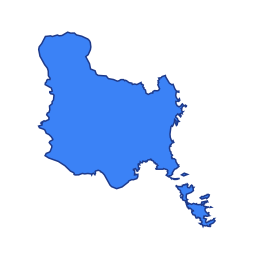 outline of Aceh Besar, Aceh, Indonesia, rotated 189°
{"feature_id": "22746128B90547447297479", "entity_name": "Aceh Besar", "entity_type": "district", "adm_level": 2, "iso_a3": "IDN", "parent_name": "Indonesia", "parent_adm1": "Aceh", "projection": "mercator", "projection_center": [95.268, 5.409], "detail": "fine", "context": "isolated", "style": "filled", "palette": "blue", "viewbox_px": 256, "rotation_deg": 189, "n_neighbors": 0, "source": "geoboundaries", "source_scale": "gbopen_adm2", "svg_char_len": 5585}
<svg xmlns="http://www.w3.org/2000/svg" viewBox="0 0 256 256"><g transform="rotate(189 128 128)"><path d="M205.6,87.7L201.6,86.0L191.6,84.1L184.4,80.9L178.0,76.4L174.8,75.4L174.0,74.6L174.0,73.7L172.9,73.4L169.4,74.0L166.0,76.0L163.6,75.9L160.6,76.8L157.7,76.9L156.9,76.7L156.5,76.0L156.1,77.3L155.0,77.9L153.4,76.7L153.0,78.4L153.6,79.6L153.4,80.3L150.9,81.6L149.1,81.3L148.1,80.7L148.8,80.7L146.2,79.8L144.0,78.0L136.8,68.8L135.0,67.5L129.7,66.3L124.6,68.9L119.3,74.6L119.0,75.7L116.3,77.6L114.7,77.7L111.4,79.4L110.7,81.3L111.0,83.8L113.0,83.0L113.2,83.5L114.2,82.8L114.6,86.1L115.0,87.1L116.0,87.3L116.2,88.0L114.2,89.1L112.2,86.7L111.5,87.2L111.6,88.3L110.6,88.8L110.4,90.3L111.4,90.2L112.2,93.6L110.8,93.5L111.3,94.2L110.9,94.2L110.6,95.2L110.6,96.4L109.8,95.8L108.3,96.0L108.1,97.6L106.4,97.5L104.8,98.2L104.8,97.4L104.0,97.9L103.2,99.7L101.1,100.1L101.0,100.7L99.9,100.6L99.7,99.8L97.7,99.3L96.6,97.7L95.8,98.0L95.2,96.9L93.9,97.0L93.3,95.8L92.7,95.7L93.6,94.1L93.1,93.2L93.3,92.2L94.0,92.2L93.7,91.7L86.9,92.8L86.5,93.5L82.8,92.9L82.0,92.1L82.4,91.0L81.8,90.6L81.7,89.3L82.9,87.4L80.1,86.1L79.2,86.1L79.7,87.3L78.2,87.6L76.7,89.6L77.3,90.4L75.6,94.5L73.9,95.5L71.7,98.0L72.3,98.5L72.2,99.4L73.1,99.4L75.5,102.4L75.9,104.0L77.6,104.9L79.6,104.7L79.7,105.4L80.2,105.4L80.5,106.9L79.8,108.1L81.5,109.3L81.8,111.0L83.0,112.0L83.9,114.5L84.0,116.3L82.8,116.6L82.6,116.2L82.7,116.7L83.5,116.9L83.5,118.0L82.8,118.4L82.5,119.7L80.5,120.9L81.6,122.6L82.1,121.8L82.9,122.0L84.8,125.4L85.6,128.5L85.8,135.8L85.1,137.1L84.5,136.6L84.1,137.2L83.1,141.1L83.3,143.7L81.5,142.3L81.6,139.8L80.6,138.1L80.0,138.8L79.8,142.0L78.5,142.5L80.0,143.6L80.7,145.2L82.4,145.9L82.7,147.2L81.0,149.7L77.8,147.3L77.5,148.1L78.6,148.3L78.1,148.9L79.0,149.9L78.3,150.7L76.7,150.6L77.1,151.3L76.3,152.5L77.0,152.2L77.0,152.9L77.8,153.5L77.9,155.1L78.4,155.5L77.9,155.6L77.7,157.2L76.1,159.1L77.2,159.3L78.0,160.3L78.8,159.5L79.0,158.4L80.9,156.9L83.0,157.7L84.6,159.9L84.9,161.7L84.3,161.6L82.9,162.5L82.1,162.2L81.2,163.4L81.8,164.9L82.6,163.6L83.9,164.3L85.3,166.0L86.0,167.7L86.0,170.9L85.5,171.4L83.4,171.3L83.6,172.3L84.6,171.9L86.4,172.4L88.0,174.2L90.3,178.2L91.5,177.6L94.1,178.7L98.9,184.5L99.3,185.7L102.3,184.2L103.2,182.8L105.5,182.1L104.5,180.9L105.8,179.3L104.8,178.0L105.3,177.6L104.9,176.4L105.3,175.4L102.9,171.7L103.7,169.9L105.1,169.3L107.6,169.1L109.1,167.9L109.0,166.5L110.6,166.2L113.3,164.3L115.7,165.3L116.7,168.2L118.6,169.3L118.6,170.4L119.9,171.0L119.6,172.8L120.6,173.4L121.3,173.1L121.7,173.4L122.2,175.0L126.0,172.3L128.3,172.5L130.5,171.7L131.2,172.9L134.1,173.0L136.9,174.5L138.0,174.7L138.6,174.2L140.0,175.1L142.6,174.7L144.3,173.2L145.9,172.6L149.9,173.6L155.1,173.7L157.7,176.0L165.8,175.3L167.8,176.3L169.5,179.4L174.2,180.4L176.1,185.5L180.9,191.9L178.8,194.2L177.4,199.4L177.4,202.2L178.6,206.5L179.8,208.3L181.6,209.6L188.0,211.4L193.5,211.9L195.8,213.4L199.5,212.7L202.6,213.2L207.7,209.0L210.4,208.3L212.3,208.8L217.1,206.5L218.8,206.9L223.9,205.5L226.4,197.9L228.4,194.3L228.5,191.6L226.2,185.2L220.2,177.5L217.0,174.5L215.7,171.9L214.8,167.1L212.7,164.9L212.7,163.7L214.9,163.4L215.6,162.6L216.0,160.3L216.7,159.6L216.6,157.9L210.0,155.5L208.6,152.6L209.1,152.0L210.9,151.7L210.8,150.7L209.6,149.7L207.4,149.7L206.2,148.8L206.0,144.0L207.1,142.0L206.7,140.2L209.0,137.4L208.1,133.7L208.5,131.2L210.0,130.1L210.4,128.3L207.7,126.1L207.5,124.0L211.1,121.6L212.0,122.0L214.4,120.1L213.4,119.8L214.4,118.8L213.6,118.6L213.4,117.5L216.6,115.9L215.5,114.4L211.1,113.6L209.7,112.9L208.0,110.1L204.9,109.1L202.5,107.4L200.5,105.2L200.5,104.6L203.1,102.5L203.5,101.2L200.4,98.4L200.3,96.6L201.2,92.8L201.8,91.9L204.8,90.1L205.6,87.7ZM39.5,44.3L38.5,42.6L38.3,43.5L35.7,43.5L34.7,44.2L33.8,43.4L31.3,43.6L31.1,44.1L32.2,44.5L32.2,45.3L28.8,47.7L27.5,49.9L29.0,51.1L31.4,49.5L32.1,49.7L32.9,48.5L34.0,48.4L34.1,47.8L35.8,46.7L36.6,47.3L36.8,48.8L36.3,50.3L39.3,50.8L39.2,52.7L38.5,52.6L38.1,53.3L37.4,53.4L36.2,53.1L34.2,54.0L34.7,54.1L34.4,54.9L35.4,55.5L34.6,57.4L35.8,56.4L37.0,56.5L38.9,58.4L39.2,59.6L39.1,60.9L35.4,62.8L36.5,62.4L40.6,62.6L41.8,64.0L41.8,64.6L40.7,65.3L40.6,65.9L39.1,66.6L38.7,67.5L37.7,67.5L38.2,68.4L43.6,66.3L43.6,64.0L42.0,64.0L43.2,63.2L44.4,63.9L46.2,63.3L48.5,63.3L48.6,63.9L49.5,63.4L51.5,63.8L53.3,62.5L57.4,63.5L58.4,64.8L58.8,64.6L59.5,63.9L58.4,62.2L56.3,62.9L56.3,62.3L58.3,61.6L57.0,59.2L55.9,59.1L55.9,58.1L55.2,57.7L54.1,58.5L52.5,57.6L52.4,57.0L50.6,56.7L50.4,56.3L51.9,55.5L51.9,54.7L50.3,52.6L48.2,52.3L46.7,49.8L45.7,49.8L45.4,50.6L44.7,50.8L43.6,50.6L43.5,50.1L42.4,50.2L42.1,49.2L42.4,48.4L40.4,47.4L40.2,46.4L40.9,45.1L42.2,44.9L41.0,44.2L39.5,44.3ZM60.7,65.1L58.8,65.4L58.0,66.5L58.7,66.6L59.7,68.3L59.9,71.7L55.5,74.3L53.6,76.4L54.3,78.3L53.6,79.7L55.1,79.6L55.3,81.0L56.2,81.6L57.1,80.6L57.8,78.6L59.7,78.6L60.2,79.4L59.9,81.4L60.9,82.2L61.3,81.2L61.9,81.0L62.5,81.4L63.4,80.5L64.1,80.6L64.5,80.0L65.3,79.9L65.3,78.6L69.8,78.0L71.9,78.9L71.1,78.4L71.2,77.7L70.2,77.3L68.6,75.3L67.0,74.8L66.2,74.0L66.2,72.5L65.5,72.3L64.9,71.1L65.3,70.1L64.0,70.9L63.2,70.2L63.2,68.4L65.1,68.1L65.0,67.5L63.3,67.2L62.8,65.6L60.7,65.1ZM43.9,69.3L40.6,71.0L39.7,71.1L39.2,70.6L37.5,72.8L37.2,74.6L38.2,75.0L39.5,74.7L39.7,74.0L41.2,73.4L43.1,71.9L44.3,72.0L45.8,70.3L43.9,69.3ZM65.4,92.2L67.8,90.1L65.5,89.4L61.9,91.5L65.4,92.2ZM74.3,84.4L71.6,84.9L69.1,86.3L73.6,85.2L76.8,85.1L74.3,84.4ZM74.6,157.9L73.8,158.3L73.7,159.0L74.7,159.5L75.1,158.5L74.6,157.9ZM78.3,85.7L77.4,84.9L77.4,85.4L78.3,85.7ZM34.0,63.1L34.2,62.5L33.2,62.8L34.0,63.1ZM28.7,52.0L29.1,51.9L29.1,51.5L28.7,52.0Z" fill="#3b82f6" stroke="#1e3a8a" stroke-width="1.5"/></g></svg>